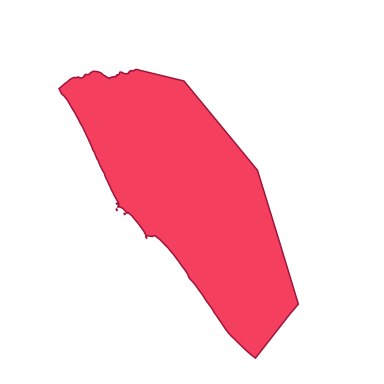 the district of Mýrdalshreppur, Suðurland, Iceland, rotated 48°
{"feature_id": "244011B6689541001554", "entity_name": "Mýrdalshreppur", "entity_type": "district", "adm_level": 2, "iso_a3": "ISL", "parent_name": "Iceland", "parent_adm1": "Suðurland", "projection": "natural_earth1", "projection_center": [-19.16, 63.515], "detail": "fine", "context": "isolated", "style": "filled", "palette": "rose", "viewbox_px": 384, "rotation_deg": 48, "n_neighbors": 0, "source": "geoboundaries", "source_scale": "gbopen_adm2", "svg_char_len": 5451}
<svg xmlns="http://www.w3.org/2000/svg" viewBox="0 0 384 384"><g transform="rotate(48 192 192)"><path d="M357.9,256.0L348.1,200.2L346.5,188.0L282.3,157.9L219.6,128.8L159.7,126.1L104.1,123.7L66.1,149.7L64.5,150.6L63.8,151.2L63.4,151.8L63.1,152.4L62.9,152.9L62.9,154.5L62.7,154.9L62.3,155.1L62.0,155.4L61.7,155.4L61.5,155.6L61.3,155.7L61.1,155.8L60.9,156.4L60.7,156.6L60.7,156.8L60.8,156.9L60.6,157.2L60.6,157.4L60.6,157.8L60.6,158.0L60.6,158.3L60.9,158.4L61.0,158.7L61.0,158.9L60.9,159.4L60.9,159.6L61.3,160.0L61.3,160.3L61.1,160.4L61.1,160.5L60.8,160.9L60.4,161.1L60.3,161.3L60.2,161.4L60.1,161.7L60.0,161.8L59.7,162.2L59.6,162.4L59.4,162.7L58.8,163.0L58.3,163.1L58.1,163.3L56.6,163.9L56.2,164.0L55.7,164.2L55.5,164.4L55.4,164.6L54.9,165.1L54.7,165.4L54.7,165.5L54.8,165.8L54.9,166.1L55.2,166.3L55.3,166.6L55.5,167.0L55.7,167.3L55.8,167.6L55.8,167.8L55.6,168.3L55.4,168.6L55.0,168.9L55.0,169.2L54.7,169.4L54.7,169.6L54.8,169.7L55.1,169.9L55.2,170.1L55.0,170.7L55.1,171.0L55.0,171.3L55.2,171.5L55.3,171.9L55.3,172.0L55.1,172.1L55.0,172.3L54.3,172.5L54.0,172.8L53.8,173.1L53.7,173.6L53.5,173.8L53.4,174.2L53.4,174.3L53.4,174.5L53.1,174.7L53.0,174.9L52.8,175.1L52.7,175.4L52.7,175.5L52.3,175.8L52.2,175.9L52.3,176.8L52.5,177.2L51.4,177.5L51.1,177.8L50.2,178.2L49.1,178.5L47.9,178.8L46.3,179.3L45.2,179.6L44.8,179.7L43.7,179.8L43.3,179.8L42.5,180.0L41.6,180.5L40.5,180.9L40.0,181.2L38.7,182.3L37.3,183.5L36.7,184.0L36.4,184.2L36.2,184.5L36.1,184.9L36.1,185.6L36.0,185.9L35.5,186.8L35.4,187.5L35.5,187.9L35.9,188.5L36.0,188.7L36.0,189.0L35.8,189.1L35.7,189.3L35.6,189.5L35.4,189.8L35.4,190.1L35.6,190.4L35.6,190.5L35.4,190.7L35.0,191.1L34.2,191.6L33.4,192.3L33.3,192.5L33.3,192.9L33.4,193.1L33.4,193.3L33.3,193.6L33.8,194.3L33.8,194.7L33.7,194.9L33.6,195.3L33.7,195.5L34.1,195.9L34.1,196.0L33.7,196.7L33.6,196.9L33.5,197.3L33.5,197.5L33.3,198.0L33.1,198.2L32.8,198.4L32.7,198.6L32.4,198.8L32.2,198.9L30.7,199.4L30.3,199.6L30.2,199.7L30.2,199.9L30.2,200.2L30.2,200.5L29.1,201.9L27.8,203.3L27.7,203.5L27.6,203.8L27.2,205.1L26.7,207.0L26.7,208.4L26.6,212.0L26.5,212.4L26.3,214.4L26.3,217.1L26.3,218.6L26.2,220.5L26.1,221.6L29.7,222.7L31.2,223.1L32.7,223.3L33.2,223.2L34.2,222.9L34.7,222.8L35.1,222.8L35.6,222.9L37.3,223.0L38.2,223.0L40.8,223.2L41.3,223.3L42.3,223.6L46.0,224.3L48.9,225.0L51.3,225.5L52.9,225.7L54.4,226.0L57.3,226.7L60.6,227.5L62.8,228.0L63.8,228.3L66.6,229.1L67.9,229.4L68.7,229.4L69.2,229.5L76.1,231.5L77.2,231.8L77.9,232.1L82.7,233.5L83.6,233.7L84.3,234.0L85.2,234.3L86.6,234.7L91.8,236.4L92.6,236.8L93.1,237.0L94.4,237.5L95.0,237.7L96.2,237.8L97.1,238.0L98.1,238.4L99.0,238.6L99.7,239.0L100.3,239.2L101.2,239.5L103.2,240.2L104.5,240.6L105.7,240.7L106.5,240.9L107.6,241.5L108.6,241.8L109.8,242.2L110.4,242.5L114.9,243.7L115.7,244.0L117.3,244.2L118.0,244.3L120.5,245.1L121.8,245.9L127.9,247.7L136.7,250.5L140.9,251.6L142.2,252.1L144.7,252.6L146.5,253.0L147.9,253.3L149.2,253.6L151.4,254.2L151.4,254.4L151.2,254.7L151.1,254.8L151.2,255.0L151.9,255.3L152.2,255.3L152.6,255.2L153.3,255.3L153.7,255.5L153.9,255.7L154.0,255.9L154.0,256.1L153.9,256.2L153.6,256.5L153.2,256.5L153.3,256.9L153.4,257.1L153.6,257.1L153.8,257.0L153.9,256.8L154.0,256.6L154.1,256.4L154.3,256.4L154.3,256.2L154.5,255.9L154.7,255.7L154.8,255.6L154.9,255.4L155.2,255.2L155.7,255.2L156.1,255.2L156.3,255.1L156.6,254.8L157.5,254.6L158.2,254.4L160.0,254.3L161.8,254.3L162.6,254.5L162.8,254.5L163.3,254.6L163.6,254.6L163.8,254.7L164.0,254.7L164.3,254.3L164.3,254.2L163.9,253.9L164.0,253.6L164.4,253.5L164.7,253.4L166.9,252.9L168.6,252.7L169.4,252.6L170.1,252.6L172.5,252.8L176.6,252.9L181.1,253.2L185.0,253.6L189.5,254.1L190.0,254.2L190.2,254.3L190.5,254.6L190.9,254.6L191.2,254.6L191.3,254.6L191.5,254.8L192.2,254.8L192.4,254.9L192.5,254.9L192.8,255.1L193.1,255.2L193.3,255.3L193.7,255.4L194.4,255.2L194.7,255.0L194.9,254.4L194.9,254.2L195.1,253.9L195.8,253.3L197.0,252.8L197.3,252.3L198.2,251.5L198.3,251.4L198.6,251.2L198.8,250.8L198.8,250.4L198.7,250.2L199.0,249.6L199.2,249.4L199.4,249.1L200.0,248.8L200.7,248.6L202.3,248.3L204.4,248.0L205.6,247.6L205.9,247.5L206.1,247.6L206.5,247.7L209.0,247.5L212.4,247.5L217.5,247.2L221.9,247.4L224.1,247.6L225.4,247.4L226.0,247.4L226.3,247.5L226.9,247.7L227.2,247.8L227.6,247.7L227.8,247.7L228.6,247.7L229.0,247.7L230.4,248.0L232.7,248.2L233.2,248.2L233.8,248.2L234.7,248.3L238.1,248.8L240.0,249.0L246.0,249.5L249.0,250.0L250.3,250.3L251.7,250.7L252.4,251.2L253.5,251.5L254.4,251.7L255.5,251.7L258.1,251.6L259.2,251.7L259.9,251.5L260.3,251.5L261.6,251.7L264.0,251.8L265.9,252.1L267.4,252.2L269.3,252.5L271.1,252.6L276.0,253.1L278.8,253.6L280.2,253.9L283.1,254.3L290.3,255.0L291.9,255.2L294.9,255.8L296.2,256.1L297.2,256.2L301.5,256.7L304.5,257.2L306.6,257.4L310.3,257.9L313.5,258.4L316.8,258.9L319.4,259.1L320.5,259.2L326.0,259.2L331.3,258.7L333.7,258.6L343.7,258.0L351.9,257.1L354.5,256.6L357.9,256.0ZM163.4,257.2L163.7,257.1L163.7,256.9L163.8,256.7L163.7,256.4L163.1,256.4L162.6,256.6L162.5,256.8L163.2,257.1L163.4,257.2ZM155.3,260.3L155.4,260.2L155.5,260.1L155.4,260.0L155.3,259.8L155.3,259.6L155.1,259.5L154.9,259.5L154.5,259.5L154.3,259.6L154.2,259.6L154.4,259.9L154.7,260.2L155.0,260.3L155.3,260.3ZM150.6,256.0L150.9,255.8L151.0,255.7L150.8,255.4L150.3,255.4L150.0,255.5L149.9,255.7L149.9,255.8L150.0,255.9L150.6,256.0ZM195.5,256.4L194.7,256.0L194.2,256.0L194.3,256.3L194.6,256.4L194.9,256.4L194.8,256.5L195.1,256.6L195.5,256.7L195.8,256.6L195.7,256.5L195.5,256.4Z" fill="#f43f5e" stroke="#9f1239" stroke-width="1.5"/></g></svg>